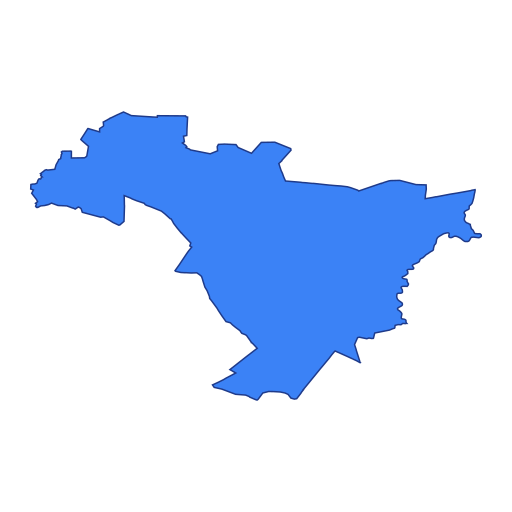 outline of Galēnu pag., Riebinu, Latvia
{"feature_id": "27541924B64203251765316", "entity_name": "Galēnu pag.", "entity_type": "district", "adm_level": 2, "iso_a3": "LVA", "parent_name": "Latvia", "parent_adm1": "Riebinu", "projection": "equal_earth", "projection_center": [26.866, 56.452], "detail": "fine", "context": "isolated", "style": "filled", "palette": "blue", "viewbox_px": 512, "rotation_deg": 0, "n_neighbors": 0, "source": "geoboundaries", "source_scale": "gbopen_adm2", "svg_char_len": 5987}
<svg xmlns="http://www.w3.org/2000/svg" viewBox="0 0 512 512"><path d="M475.0,189.6L474.6,189.8L471.9,190.2L470.8,190.6L457.5,193.0L450.0,194.2L436.4,196.8L435.6,196.8L432.3,197.5L425.2,198.7L425.4,195.2L426.3,189.1L426.1,184.9L416.0,184.6L399.7,180.4L390.8,180.6L388.9,180.9L384.1,182.4L381.3,183.5L381.2,183.3L358.7,191.0L357.8,190.2L357.5,190.1L350.7,187.7L347.5,186.8L346.0,186.6L341.0,186.0L335.3,185.6L328.4,185.0L314.5,183.5L313.4,183.4L312.0,183.4L305.3,182.7L301.9,182.5L301.1,182.3L285.5,181.0L283.7,176.9L282.5,173.5L281.3,170.9L281.2,170.8L279.6,166.0L279.2,164.6L278.8,163.6L280.8,161.7L281.9,160.7L281.9,160.3L291.0,150.2L290.7,148.6L274.8,142.2L261.3,142.4L251.5,153.3L238.1,147.5L236.0,144.6L224.6,144.1L218.4,144.4L217.2,146.7L217.6,150.8L210.2,153.8L190.4,149.9L189.5,149.1L186.0,147.7L186.7,146.9L186.8,146.7L185.6,145.3L182.4,143.0L184.4,141.8L183.5,136.2L186.8,135.5L187.0,128.8L187.6,117.1L186.1,116.8L185.6,115.9L157.4,115.7L157.3,117.2L153.0,117.0L131.3,115.6L123.5,112.0L117.5,114.7L110.9,117.9L110.2,118.0L109.9,118.4L103.2,122.1L103.3,122.5L103.6,125.6L103.2,126.3L99.6,128.6L99.6,131.9L88.0,128.5L87.8,128.6L84.1,134.4L81.4,138.5L81.5,138.5L80.9,139.6L82.6,141.2L88.5,146.3L86.8,156.0L86.3,156.6L84.6,157.8L71.4,158.0L71.4,151.3L71.0,151.1L62.4,151.2L61.4,152.0L62.0,153.5L61.1,155.0L61.3,155.9L60.8,157.1L60.7,158.6L58.7,159.6L58.4,160.6L56.1,164.7L54.8,169.3L47.7,170.1L46.3,169.7L44.5,170.4L44.4,170.6L43.4,171.4L40.4,173.7L41.4,174.5L40.7,175.5L42.1,176.9L41.4,177.0L41.0,178.6L40.6,179.0L39.1,178.8L38.1,180.0L36.9,183.2L34.8,184.0L32.6,184.1L30.9,184.5L30.7,189.0L33.4,190.0L31.7,193.3L36.5,199.5L37.6,201.7L35.5,203.3L36.5,204.1L35.6,206.2L35.7,206.3L36.3,207.2L36.5,207.4L37.0,207.1L37.7,207.5L40.7,205.9L44.7,205.5L46.9,205.0L46.8,204.9L48.7,204.5L51.5,203.1L58.0,205.5L66.8,205.9L72.8,208.1L73.1,208.0L75.2,209.1L78.3,207.0L79.7,207.6L81.1,208.7L82.3,212.3L100.6,217.2L103.4,216.9L109.8,220.5L113.0,222.5L118.8,225.2L119.6,225.0L119.8,225.0L124.0,221.4L124.5,205.7L124.4,205.1L124.3,199.6L124.2,195.6L130.4,198.0L132.0,198.9L136.5,200.7L144.3,203.3L145.1,204.5L146.4,205.3L151.0,206.9L161.4,211.1L161.9,211.5L164.9,213.9L170.2,218.7L170.8,218.9L171.1,218.9L172.2,220.7L173.7,223.5L177.3,228.2L181.3,233.0L181.6,233.0L181.7,233.3L186.6,238.6L190.8,243.0L189.8,245.9L191.7,247.1L188.4,251.2L186.7,253.6L179.5,264.4L175.0,270.7L175.6,271.3L180.9,272.5L184.4,272.7L186.2,272.7L191.3,273.0L196.8,272.8L199.7,274.8L201.5,276.4L202.4,278.9L203.0,281.1L204.9,287.1L207.1,290.7L208.2,293.4L209.4,296.4L209.7,298.5L211.6,300.8L217.1,308.3L218.3,310.4L222.0,316.0L226.0,321.6L230.4,322.8L232.5,324.9L235.2,327.1L240.0,330.7L240.6,331.7L241.8,333.3L245.6,334.8L246.7,335.7L251.3,342.2L251.3,342.6L251.6,342.7L252.5,343.3L257.2,348.3L245.9,357.0L229.9,369.6L235.7,373.0L225.9,378.2L223.6,379.6L218.4,382.2L212.5,384.9L214.2,387.4L221.8,389.1L235.6,394.3L244.7,395.0L245.7,395.1L249.1,396.5L249.7,397.1L254.1,399.0L256.3,399.9L257.0,400.0L257.3,400.0L258.2,399.2L262.8,393.0L268.6,391.5L273.8,391.6L278.9,391.9L280.3,392.0L285.0,393.0L288.1,394.4L290.9,398.1L294.4,399.1L296.7,398.7L300.8,393.4L301.8,391.8L303.4,389.8L303.2,389.7L306.5,385.7L320.3,368.8L329.1,358.3L331.9,354.6L334.0,352.1L335.1,351.0L347.0,356.3L356.5,360.7L360.1,362.7L360.3,362.6L360.0,362.3L359.5,360.4L356.3,350.3L356.2,349.7L354.6,344.8L354.6,344.4L357.6,337.6L359.4,337.2L366.6,338.7L366.9,338.7L369.0,338.0L371.6,338.5L373.3,338.4L373.5,338.1L374.7,333.1L374.8,333.0L389.4,330.1L392.8,328.7L394.5,328.2L394.8,327.8L395.1,325.4L398.0,324.6L401.0,324.7L402.8,323.4L405.2,323.6L405.7,323.6L406.0,323.4L406.8,323.4L406.3,322.8L406.0,321.8L406.0,320.8L405.9,320.3L405.6,319.9L404.8,319.4L404.2,319.2L402.2,318.9L401.8,318.7L401.5,318.5L401.3,317.9L401.3,316.9L401.9,314.0L401.8,313.6L401.4,312.8L400.8,312.1L399.7,311.0L398.8,310.4L398.0,309.9L397.6,309.3L397.5,308.6L397.8,308.1L398.9,307.3L401.5,305.9L402.1,305.4L402.4,304.7L402.4,303.9L402.1,303.0L401.8,302.7L398.7,300.5L397.8,299.6L397.4,299.1L396.9,297.6L396.7,296.8L396.9,294.4L397.0,294.0L397.7,293.4L398.6,293.2L400.9,293.2L401.9,292.8L402.3,292.5L402.5,292.0L402.3,289.8L401.8,289.0L401.3,288.2L401.1,287.7L401.1,287.3L401.4,286.9L402.1,286.5L403.2,286.3L406.1,286.3L407.1,286.4L407.9,285.5L408.2,285.0L408.5,284.0L407.1,281.5L407.1,280.1L406.9,279.5L406.7,279.3L406.4,279.2L404.0,278.8L402.9,278.4L402.4,278.0L402.1,277.4L402.3,277.0L402.5,276.8L403.0,276.5L403.9,276.3L405.5,275.4L407.8,273.6L407.7,273.1L407.8,272.7L407.8,271.7L407.6,271.2L407.1,270.7L407.0,270.4L407.2,270.0L407.5,269.7L408.3,269.4L412.1,269.3L413.2,269.1L413.6,268.7L413.7,268.4L413.7,267.9L413.6,267.6L412.7,266.5L412.4,266.0L412.4,265.4L412.7,265.0L414.0,264.2L417.0,263.0L418.9,261.9L419.3,261.5L420.1,259.3L420.6,258.8L422.3,258.0L423.0,257.6L424.5,256.3L426.1,254.7L427.8,253.7L430.5,251.8L432.2,250.9L433.0,250.3L433.4,249.7L433.5,248.3L434.2,245.6L434.5,245.0L435.6,243.8L436.0,243.0L436.3,241.6L436.5,240.0L436.7,239.2L437.4,237.9L437.8,237.4L438.9,236.5L443.7,233.7L446.4,233.0L447.8,232.8L448.5,232.9L449.0,233.3L449.2,233.7L449.0,235.0L448.8,235.7L448.8,236.3L449.0,236.9L449.4,237.3L450.1,237.6L451.2,237.6L451.7,237.5L452.7,237.1L454.2,236.3L455.3,236.2L456.3,236.3L457.8,236.8L459.6,237.7L461.0,238.6L462.8,240.1L464.2,241.1L464.8,241.4L465.4,241.5L467.8,241.5L468.7,241.1L469.3,240.6L470.8,237.9L471.4,237.3L473.6,237.1L478.5,237.7L479.0,237.7L480.0,237.3L480.9,236.7L481.2,236.3L481.3,235.7L481.2,234.9L481.0,234.6L480.3,233.9L479.3,233.7L477.6,233.8L477.0,233.7L475.3,233.6L474.5,233.3L474.3,232.7L473.1,230.3L472.4,229.6L471.4,228.7L470.2,224.9L470.3,224.4L469.6,224.2L468.7,223.6L466.7,222.8L465.8,222.2L464.5,220.5L464.3,219.6L464.4,218.2L465.3,215.8L465.3,214.9L464.2,213.1L464.1,212.9L464.2,212.5L464.5,211.7L465.2,211.1L466.0,210.6L468.7,209.3L469.1,208.8L469.2,206.6L469.3,205.9L470.7,204.8L472.0,203.4L472.8,201.1L473.7,197.8L474.4,193.8L474.8,192.3L475.2,189.9L475.0,189.6Z" fill="#3b82f6" stroke="#1e3a8a" stroke-width="1.5"/></svg>